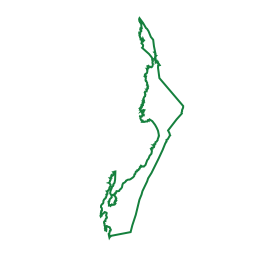 Aurora, Aurora, Philippines (orthographic projection), rotated 158°
{"feature_id": "2640588B82822310999177", "entity_name": "Aurora", "entity_type": "district", "adm_level": 2, "iso_a3": "PHL", "parent_name": "Philippines", "parent_adm1": "Aurora", "projection": "orthographic", "projection_center": [121.871, 15.753], "detail": "fine", "context": "isolated", "style": "outline", "palette": "green", "viewbox_px": 256, "rotation_deg": 158, "n_neighbors": 0, "source": "geoboundaries", "source_scale": "gbopen_adm2", "svg_char_len": 5736}
<svg xmlns="http://www.w3.org/2000/svg" viewBox="0 0 256 256"><g transform="rotate(158 128 128)"><path d="M186.3,33.3L185.8,33.7L183.8,34.3L164.6,30.5L160.4,36.2L153.3,44.6L144.2,57.3L140.4,61.2L138.3,64.0L130.3,71.3L128.2,73.8L123.1,77.5L111.4,87.9L104.1,94.7L99.0,100.0L98.5,100.2L97.7,101.1L97.3,101.1L96.7,102.6L95.5,102.6L92.2,105.2L90.9,105.6L91.8,105.7L91.5,107.7L91.8,110.7L79.7,117.8L72.6,121.3L72.6,122.2L71.5,123.4L71.3,124.2L69.3,126.2L68.6,127.7L80.2,162.5L77.6,172.6L76.7,174.6L75.1,174.4L75.4,175.7L75.7,175.8L75.5,176.1L75.9,176.7L75.7,177.1L76.1,177.4L75.9,177.6L76.4,177.8L76.0,178.4L76.4,178.5L76.4,179.1L76.9,178.9L76.5,179.4L77.0,179.5L76.6,179.8L76.8,180.4L77.1,180.6L76.9,181.0L77.3,181.2L76.7,181.5L76.7,182.1L77.1,182.5L76.3,182.7L76.4,183.2L76.2,183.7L75.3,183.5L75.8,183.8L75.2,184.2L75.3,184.5L75.0,184.6L75.4,184.9L75.4,185.8L75.2,186.1L75.0,185.8L74.6,186.8L75.2,188.3L74.4,188.2L73.3,194.1L71.6,200.4L72.7,203.9L72.7,210.0L73.2,212.7L73.9,214.0L74.7,219.7L76.2,225.5L76.9,224.8L77.4,222.8L77.1,222.2L77.3,221.5L76.8,220.9L76.9,220.5L76.0,220.4L75.8,219.8L76.7,219.5L77.6,217.1L77.6,216.4L78.0,216.2L78.0,215.5L79.0,215.9L79.8,214.7L79.8,214.3L79.1,213.8L79.5,212.7L80.9,212.2L81.5,212.3L81.4,211.5L82.1,211.6L82.3,211.0L81.9,210.1L82.8,209.3L82.6,208.7L82.9,207.2L82.3,206.2L82.8,206.0L83.2,205.3L82.1,204.0L81.5,204.1L80.8,205.0L80.8,204.1L80.3,203.3L81.8,202.5L82.5,203.1L83.0,202.8L83.1,202.2L83.8,201.5L83.0,199.8L83.1,198.8L83.8,197.6L84.9,197.1L80.8,188.8L79.7,185.2L79.4,183.4L79.8,182.9L79.6,182.4L79.9,182.0L79.5,181.7L80.1,180.9L80.1,180.3L80.6,180.0L81.0,179.1L80.9,178.0L82.3,176.0L83.4,175.5L84.3,176.0L84.7,176.7L86.0,177.2L85.9,178.0L86.8,178.0L86.6,176.8L87.0,176.5L86.6,175.9L87.1,175.5L88.0,175.8L87.9,175.6L88.4,175.4L88.6,174.8L88.5,173.9L89.7,172.0L90.6,171.6L90.9,171.7L92.0,171.4L92.2,171.2L91.9,170.8L92.1,170.3L93.3,169.8L93.2,169.5L92.6,169.4L92.0,169.0L92.7,168.3L92.7,167.7L93.8,165.9L93.8,165.4L93.5,165.0L93.8,164.6L93.5,164.1L93.3,162.8L93.8,161.6L93.7,161.0L94.3,160.7L93.9,159.7L94.1,159.7L94.2,158.8L94.6,158.6L94.4,158.3L94.5,157.5L95.3,157.2L95.6,157.1L95.5,156.8L96.1,156.4L96.3,156.5L96.2,156.2L97.0,155.0L97.6,155.3L98.3,155.0L98.6,155.2L99.2,154.7L99.3,152.6L99.8,152.3L99.8,151.8L100.3,151.0L101.1,150.9L103.2,148.9L103.3,148.6L102.8,148.4L103.0,147.0L103.2,146.8L103.9,147.0L103.7,146.6L104.1,146.4L103.9,146.3L104.1,145.9L105.1,145.3L104.8,145.2L105.7,144.8L105.6,144.4L105.9,144.4L105.5,143.9L105.6,143.5L106.0,143.4L106.7,143.6L106.8,143.2L107.1,143.2L106.9,142.8L107.4,142.1L108.0,142.0L108.6,142.4L109.2,142.0L109.0,141.6L109.7,141.6L109.5,141.1L110.1,140.4L109.6,140.1L108.9,139.2L109.6,138.7L108.7,138.8L108.1,138.6L107.0,139.0L106.2,138.4L107.2,137.8L107.4,137.6L107.2,137.5L107.6,137.0L109.1,136.9L109.0,136.4L109.4,136.0L109.0,135.5L109.1,135.1L108.7,134.8L109.2,134.6L109.0,133.9L110.3,134.2L110.9,133.4L111.8,133.5L112.4,134.4L112.6,134.2L112.3,133.2L112.9,132.4L112.9,131.5L112.8,130.0L112.4,129.7L112.6,129.5L112.1,129.8L111.7,129.5L111.8,129.0L112.4,128.5L112.0,128.4L112.1,128.2L111.6,127.9L111.0,128.0L110.2,127.4L109.4,127.5L107.6,126.8L106.6,127.6L106.4,127.4L106.4,127.8L105.3,127.6L104.8,127.9L102.9,125.2L101.7,120.6L101.3,117.2L101.2,114.1L102.2,109.1L102.7,108.9L102.9,108.3L104.4,106.8L105.2,105.5L105.7,105.4L106.3,104.8L107.9,104.5L108.6,103.0L109.8,103.1L109.9,102.5L110.3,102.3L110.9,102.5L110.3,101.6L111.1,100.5L111.9,100.4L112.4,100.7L113.0,100.7L112.9,100.4L113.3,100.0L114.0,100.0L113.8,99.7L114.3,99.7L114.6,99.3L114.3,98.3L114.5,97.6L115.9,95.4L118.4,94.1L120.5,91.9L122.3,90.9L125.6,87.2L127.8,86.3L128.2,86.7L129.2,86.9L130.1,88.2L130.8,87.7L130.8,87.1L131.7,87.2L132.3,86.0L133.2,85.9L134.2,85.0L135.2,85.4L136.0,84.4L137.1,84.6L138.5,82.7L139.4,82.6L140.2,81.2L141.6,80.4L144.9,79.6L146.0,79.6L147.3,80.1L149.5,79.9L149.9,79.4L151.7,78.7L153.2,78.6L154.3,77.6L155.8,75.3L157.1,74.4L158.7,73.9L159.7,73.0L160.9,73.1L162.2,73.7L162.4,73.3L164.1,72.6L164.5,72.2L164.4,72.0L163.4,72.7L163.8,72.0L164.5,71.7L167.1,71.7L167.3,71.5L166.3,70.9L165.7,70.1L165.3,68.4L165.6,68.0L165.2,67.2L166.0,66.5L165.9,65.7L166.3,65.4L166.1,65.1L166.4,64.9L167.0,65.2L167.1,64.9L167.5,65.0L168.2,64.3L168.4,64.1L168.1,64.0L167.8,62.8L168.9,62.1L170.0,62.1L171.2,62.8L171.7,62.6L171.8,63.0L172.1,62.8L173.2,63.2L173.6,62.5L174.1,63.2L174.7,63.3L174.0,65.0L174.1,65.6L173.0,66.8L173.4,67.1L172.3,67.8L171.7,68.7L169.1,69.8L168.6,71.7L169.0,74.0L168.8,74.6L167.7,76.3L165.4,78.6L165.0,79.4L163.6,79.8L163.0,80.4L162.8,81.2L161.9,81.8L161.5,81.8L160.7,82.7L159.3,85.0L156.0,92.4L157.1,92.6L157.5,92.2L158.0,92.4L157.8,91.8L158.4,91.7L158.8,90.6L159.6,89.7L160.5,89.7L160.7,90.1L161.0,89.6L161.3,89.8L161.4,89.1L162.4,88.8L162.3,88.1L162.8,88.2L163.1,87.5L163.4,87.7L163.2,87.0L163.7,86.3L164.4,86.0L164.8,85.2L165.7,84.4L166.4,84.4L165.9,84.0L165.4,81.9L166.0,80.7L167.5,79.8L167.8,79.0L169.3,77.7L170.8,77.3L170.5,76.9L171.0,76.4L171.3,76.6L171.2,76.1L171.7,74.7L172.5,74.6L172.6,74.2L173.0,74.2L173.0,73.6L174.3,72.0L174.7,72.0L175.1,71.3L176.9,70.7L178.1,69.6L178.9,67.9L179.7,67.3L180.9,67.0L182.2,65.9L182.7,64.7L182.3,63.5L183.1,61.1L183.9,61.1L185.3,58.8L185.9,57.2L186.2,57.1L186.3,57.0L186.0,56.6L186.4,56.6L186.4,56.1L185.0,56.9L183.9,58.3L182.8,57.9L181.2,58.8L180.2,58.1L179.6,57.1L181.1,55.1L181.0,53.1L181.7,52.3L182.3,52.4L183.3,51.4L183.8,50.2L184.3,50.5L185.2,50.1L185.8,48.9L185.6,47.8L186.2,46.9L186.2,45.8L186.8,43.5L187.2,43.2L187.1,42.3L187.4,41.8L186.9,41.6L187.0,41.3L186.7,40.9L185.9,42.3L185.6,45.2L184.7,45.2L184.3,45.0L183.6,43.8L183.0,43.6L182.1,42.6L182.3,41.7L182.0,40.3L182.6,39.4L183.3,39.5L184.9,37.1L185.5,37.1L185.8,36.3L185.4,35.6L186.0,35.2L186.3,33.3Z" fill="none" stroke="#15803d" stroke-width="2"/></g></svg>